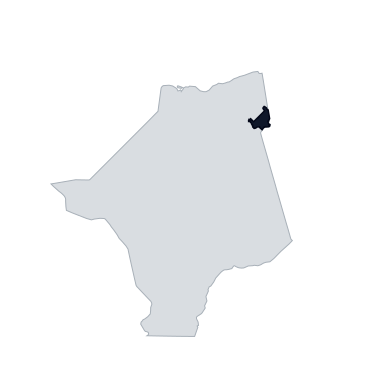 Taveta, Coast, Kenya shown in context, rotated 225°
{"feature_id": "3690345B11030917787472", "entity_name": "Taveta", "entity_type": "district", "adm_level": 2, "iso_a3": "KEN", "parent_name": "Kenya", "parent_adm1": "Coast", "projection": "albers", "projection_center": [37.998, -3.439], "detail": "fine", "context": "in_parent", "style": "filled", "palette": "ink", "viewbox_px": 384, "rotation_deg": 225, "n_neighbors": 0, "source": "geoboundaries", "source_scale": "gbopen_adm2", "svg_char_len": 5486}
<svg xmlns="http://www.w3.org/2000/svg" viewBox="0 0 384 384"><g transform="rotate(225 192 192)"><path d="M86.7,228.6L86.6,224.1L87.2,212.7L87.1,202.7L87.6,197.7L90.1,194.5L91.2,192.2L92.0,189.0L93.3,186.4L96.2,184.2L96.8,183.0L99.9,179.5L101.7,174.9L103.1,173.3L104.9,171.8L106.1,171.1L108.2,170.3L109.8,169.9L110.1,169.5L110.2,168.8L109.7,165.9L110.3,165.0L111.4,163.1L112.7,161.3L113.8,160.2L114.4,159.0L114.7,157.0L114.8,155.6L114.7,153.3L114.4,148.1L113.0,143.7L112.2,138.8L112.8,137.1L111.7,134.3L111.2,134.1L110.4,133.5L109.3,130.8L108.4,128.3L107.9,127.7L104.4,125.5L102.6,120.4L100.6,119.3L99.5,114.2L99.3,112.8L100.4,107.7L100.3,106.6L99.1,105.5L95.8,104.4L93.1,102.3L93.4,101.6L93.6,100.9L92.2,100.4L88.0,91.7L93.3,86.5L98.7,81.2L105.5,74.6L111.8,68.5L117.3,63.2L122.2,58.5L122.0,59.4L122.1,60.6L122.7,61.3L123.7,61.8L125.1,61.3L126.3,60.5L127.5,60.4L134.8,62.3L136.0,64.0L136.0,65.8L136.3,67.2L135.7,68.5L135.1,72.5L135.3,76.3L137.5,79.0L139.5,81.1L141.0,84.2L142.2,85.1L143.8,85.6L148.8,85.7L156.3,85.9L163.4,86.1L164.1,86.1L165.6,86.5L172.2,90.6L178.2,94.4L183.3,97.6L188.3,100.8L193.1,103.9L196.9,106.4L200.6,107.2L206.5,107.6L210.7,107.7L214.5,108.8L220.2,109.8L224.4,110.3L227.0,110.9L234.1,111.5L235.3,111.2L238.5,108.3L242.0,103.7L243.4,101.2L247.9,98.7L255.9,95.2L261.6,92.7L267.8,90.2L270.7,92.4L274.6,95.9L276.3,97.6L277.7,98.4L279.9,98.9L282.5,98.9L283.9,98.8L286.8,98.4L293.6,98.0L297.4,98.0L294.1,102.6L290.2,108.1L283.0,118.3L277.5,123.6L273.4,127.6L273.0,128.4L273.0,132.9L273.0,143.9L273.0,166.0L273.0,188.1L273.0,210.2L273.1,221.3L273.1,225.0L276.7,229.7L280.2,234.3L284.8,240.3L287.3,243.6L287.7,244.6L287.6,246.8L283.7,251.3L280.6,253.3L276.3,254.3L275.1,254.1L273.4,253.5L272.8,254.5L272.3,256.2L271.3,255.9L270.6,255.4L271.0,258.4L271.5,259.9L270.8,261.9L268.8,263.6L268.6,265.1L264.1,268.9L257.8,269.3L254.5,271.3L253.0,272.8L251.9,276.3L252.3,281.5L250.5,285.6L250.2,287.6L246.9,290.2L245.5,292.7L244.4,295.1L243.5,296.2L242.4,301.7L240.8,305.0L240.4,306.1L240.1,307.1L238.9,309.1L238.1,310.5L237.6,311.3L233.7,319.9L230.7,323.8L228.4,323.3L226.8,324.8L226.6,325.5L225.8,325.1L223.9,323.7L219.8,320.8L215.8,317.9L211.8,315.0L207.8,312.1L203.7,309.1L199.7,306.2L195.7,303.3L191.6,300.4L189.3,298.7L188.2,297.7L187.4,295.7L187.0,295.2L185.9,294.6L184.7,294.4L184.3,294.0L184.3,293.1L184.7,291.7L186.2,289.0L186.4,287.4L186.1,285.7L185.6,282.8L185.2,282.2L182.6,280.7L176.9,277.5L171.3,274.4L165.7,271.3L160.1,268.2L154.5,265.0L148.9,261.9L143.3,258.8L137.7,255.7L132.1,252.5L126.4,249.4L120.8,246.3L115.2,243.2L109.6,240.1L104.0,237.0L98.3,233.9L92.7,230.8L90.6,229.6L88.7,228.6L86.7,228.6ZM273.4,258.9L272.4,259.2L272.9,257.7L275.8,255.7L277.0,256.2L277.2,256.6L277.1,257.0L276.6,257.4L273.4,258.9Z" fill="#d9dde1" stroke="#a8b0b8" stroke-width="1"/><path d="M188.0,285.5L186.5,285.6L187.0,289.1L186.9,289.3L186.7,289.5L186.4,289.4L186.3,290.1L186.2,290.3L185.7,290.3L184.6,291.5L183.7,292.5L183.7,293.1L183.9,293.0L184.0,293.0L184.3,293.1L184.5,293.0L184.7,293.4L184.7,293.5L184.6,293.8L184.5,294.0L184.4,294.0L184.2,294.2L184.3,294.3L184.2,294.4L184.2,294.5L184.3,294.7L184.6,294.8L184.7,294.7L184.8,294.7L185.0,294.6L185.3,294.4L185.5,294.4L185.7,294.2L185.8,294.2L186.0,294.2L186.0,294.3L186.3,294.4L186.4,294.5L186.5,294.8L186.8,294.8L187.0,294.9L187.3,295.0L187.8,295.2L187.9,295.4L188.0,295.8L188.0,296.0L188.2,295.9L188.2,296.0L188.3,296.0L188.3,296.4L188.3,296.5L188.3,296.4L188.4,296.1L188.4,295.9L188.4,296.0L188.5,296.2L188.5,296.4L188.6,296.5L188.7,297.0L188.8,297.3L188.9,297.6L188.9,297.8L188.9,298.0L188.7,297.9L188.9,298.7L196.1,303.8L196.3,303.7L196.4,303.8L196.7,303.8L196.8,303.8L197.0,303.8L197.3,303.7L197.5,303.5L197.6,303.4L197.8,303.6L198.0,303.7L198.4,303.9L198.5,303.9L198.6,304.0L198.8,304.1L199.0,304.1L199.5,304.0L199.9,304.0L200.5,303.8L201.0,303.7L201.4,303.6L201.5,303.5L201.5,303.4L201.4,303.3L201.4,303.1L201.4,302.6L201.4,302.1L201.3,301.9L201.2,301.8L201.1,301.6L200.8,301.2L198.1,300.7L198.1,292.4L197.7,292.4L197.7,290.9L198.1,290.9L198.1,285.3L202.4,285.3L202.4,285.2L202.2,285.1L202.1,284.9L202.1,284.7L202.1,284.4L202.1,284.2L202.1,283.9L202.3,283.8L202.4,283.7L202.5,283.7L202.4,283.6L202.5,283.5L202.6,283.4L202.7,283.2L202.8,283.1L202.7,283.0L202.7,282.9L202.7,282.7L202.4,282.5L202.3,282.4L202.3,282.6L202.2,282.6L201.9,282.5L201.7,282.7L201.6,282.8L201.4,282.7L201.2,282.6L201.3,282.7L201.2,282.8L201.3,282.9L201.3,283.0L201.2,283.1L201.0,282.9L200.9,283.0L200.9,282.9L200.8,283.0L200.7,282.9L200.6,283.0L200.5,282.9L200.4,282.7L200.2,282.7L199.9,282.6L199.7,282.6L199.4,282.7L199.2,282.6L198.8,282.7L198.7,282.7L198.4,282.6L198.2,282.5L198.1,282.4L197.9,282.2L197.6,282.3L197.5,282.2L197.3,282.2L197.2,282.1L197.1,281.9L196.9,281.9L196.7,281.8L196.8,281.9L196.7,281.9L196.5,282.0L196.5,281.9L196.4,281.9L196.1,281.8L196.1,281.7L195.9,281.5L195.6,281.6L195.4,281.4L195.4,281.5L195.2,281.5L195.1,281.4L194.8,281.3L194.7,281.3L194.4,281.4L194.2,281.4L194.0,281.2L193.9,281.1L193.7,281.2L193.4,281.1L193.2,280.9L193.1,281.0L193.0,281.3L192.8,281.3L192.8,281.6L192.7,281.7L192.6,281.8L192.5,282.0L192.3,282.0L192.2,282.3L192.3,282.5L192.2,282.6L192.1,282.8L192.0,283.0L192.0,283.3L192.0,283.5L191.9,283.8L191.8,284.1L191.8,284.3L191.7,284.4L191.6,284.5L191.4,284.7L191.2,284.8L191.2,285.0L190.9,285.3L190.7,285.4L190.7,285.5L190.6,285.8L190.4,285.9L190.2,285.9L190.1,285.7L189.9,285.6L189.7,285.5L189.6,285.4L189.4,285.4L189.2,285.5L188.0,285.5Z" fill="#0f172a" stroke="#020617" stroke-width="1.5"/></g></svg>